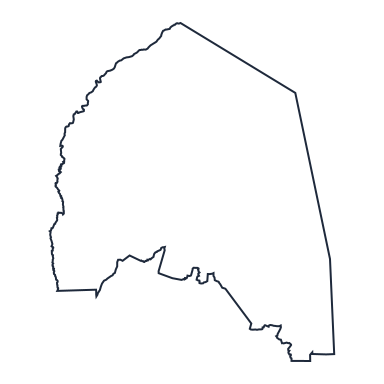 outline of Santa Rosa, Catamarca, Argentina
{"feature_id": "61730980B62858565899892", "entity_name": "Santa Rosa", "entity_type": "district", "adm_level": 2, "iso_a3": "ARG", "parent_name": "Argentina", "parent_adm1": "Catamarca", "projection": "robinson", "projection_center": [-65.467, -28.089], "detail": "fine", "context": "isolated", "style": "outline", "palette": "slate", "viewbox_px": 384, "rotation_deg": 0, "n_neighbors": 0, "source": "geoboundaries", "source_scale": "gbopen_adm2", "svg_char_len": 5766}
<svg xmlns="http://www.w3.org/2000/svg" viewBox="0 0 384 384"><path d="M334.2,354.1L330.0,259.0L295.3,92.9L180.5,23.0L178.9,23.6L177.6,23.4L177.1,23.2L176.1,23.6L175.1,24.7L174.3,24.7L173.8,25.3L172.9,25.6L171.4,26.6L170.3,27.6L169.7,28.9L166.7,29.5L165.6,29.5L164.0,30.5L163.1,30.8L162.1,32.7L161.3,34.9L161.2,35.9L159.2,38.5L157.8,39.7L156.4,41.7L150.6,45.3L148.5,47.4L147.6,48.6L145.8,49.6L143.5,49.5L142.9,49.8L141.3,49.7L140.8,50.0L139.7,50.0L139.1,50.3L137.5,52.0L136.7,52.7L134.0,54.1L133.5,55.0L132.0,56.2L128.9,57.1L126.5,57.4L123.6,58.4L121.3,60.3L120.6,60.5L119.9,60.5L117.6,61.9L117.2,62.5L116.0,63.3L114.7,67.3L113.9,68.6L112.4,69.7L111.0,70.2L110.7,70.5L107.3,71.2L106.6,71.8L105.9,73.3L105.0,74.2L103.9,75.5L102.8,76.0L101.9,76.0L101.5,76.2L100.7,77.2L100.3,77.4L100.1,77.8L100.0,78.6L100.8,81.9L100.4,82.2L98.8,82.4L97.8,81.7L96.8,80.6L96.0,80.9L95.8,81.4L95.8,81.8L96.1,82.8L96.5,83.5L96.9,85.3L96.5,86.2L96.2,86.7L95.2,87.3L94.7,87.9L93.6,89.5L92.8,91.2L91.1,92.4L89.4,93.0L88.5,94.1L87.1,95.3L86.6,96.9L86.6,99.3L88.1,100.9L88.1,101.8L87.8,103.0L87.9,104.2L87.1,105.3L86.7,105.5L85.0,105.6L84.0,105.9L82.9,105.8L82.0,106.3L82.0,106.8L82.5,108.2L82.8,108.8L83.9,109.6L83.9,111.0L83.5,111.3L80.0,112.2L78.3,113.0L77.9,113.0L77.7,112.7L77.3,111.6L77.0,111.4L76.3,111.6L76.3,111.9L75.3,113.0L75.1,113.7L73.7,114.4L73.6,115.4L73.3,115.9L73.8,119.5L73.0,122.8L71.9,123.3L69.9,123.2L69.6,123.9L69.0,124.3L68.7,126.0L67.8,126.5L66.5,126.5L65.7,127.2L65.2,128.2L65.1,132.5L64.7,133.1L64.5,134.1L64.8,135.2L62.4,139.8L61.4,140.8L60.6,143.8L60.3,145.9L61.6,145.6L62.4,145.8L62.8,146.2L62.7,146.9L61.2,148.5L60.8,149.1L61.2,153.1L60.9,153.6L60.8,154.4L60.8,155.0L62.0,156.2L62.0,156.6L62.3,156.6L62.7,157.2L64.2,158.4L64.5,158.9L64.2,160.1L64.2,161.3L63.2,161.8L63.5,162.2L64.1,162.6L64.1,162.9L63.9,163.2L62.7,163.6L62.3,164.4L62.0,164.5L61.4,164.2L61.0,164.3L60.9,164.7L61.2,165.1L61.2,165.5L61.3,166.5L61.0,166.7L60.5,166.2L60.2,166.3L59.5,167.3L60.0,167.8L60.5,167.9L60.8,168.3L60.7,168.9L60.4,169.3L58.9,169.2L58.7,169.4L58.8,170.0L59.1,170.2L59.0,171.1L59.4,171.6L59.8,171.6L60.0,171.4L60.8,172.1L59.4,173.6L58.5,173.9L57.6,174.9L56.1,175.9L57.3,177.4L57.4,178.3L57.7,178.5L57.4,180.1L57.3,181.3L57.5,181.6L57.3,182.2L56.7,183.1L56.2,182.9L55.7,183.0L55.5,183.5L55.9,185.4L55.5,185.8L55.6,186.5L57.2,188.0L58.1,189.5L59.3,190.7L59.0,191.4L58.4,191.7L58.6,192.2L59.0,193.0L60.0,194.0L60.5,196.2L60.8,196.2L61.0,195.9L61.2,196.0L61.3,197.0L61.1,197.9L61.5,198.1L61.8,197.9L62.0,198.1L62.6,200.5L62.4,201.2L63.1,201.9L62.9,204.6L63.5,206.9L63.2,207.4L63.4,207.8L63.5,210.4L63.8,210.9L63.6,211.2L63.8,211.6L63.8,213.6L63.0,214.4L62.7,213.5L61.2,212.8L60.4,212.8L60.2,212.9L58.6,212.6L58.6,213.0L57.7,213.2L57.6,213.6L57.8,214.3L57.6,214.8L57.1,215.3L57.3,217.2L56.9,217.7L57.2,219.5L57.1,220.4L55.4,222.8L55.2,223.8L54.3,224.1L52.9,227.7L52.3,228.3L51.5,228.2L51.0,230.4L50.6,230.8L49.8,231.2L50.6,232.0L50.2,234.8L50.7,236.7L51.0,237.2L50.5,238.3L51.5,240.8L52.4,244.0L52.1,245.0L51.5,246.3L52.1,246.8L53.1,247.2L53.3,247.8L52.8,248.5L52.6,249.3L52.8,250.0L52.7,250.6L51.8,250.9L51.9,253.7L52.1,254.6L53.0,255.2L52.8,256.5L53.3,258.3L52.7,259.8L52.8,260.9L52.4,262.5L53.2,263.4L52.6,264.3L52.5,264.8L52.7,265.1L52.5,265.4L52.6,266.0L53.1,266.4L53.0,266.7L53.3,267.5L53.1,268.1L53.2,268.9L53.7,268.7L54.0,268.8L53.9,269.4L53.5,269.9L53.5,270.4L54.2,270.8L54.3,271.3L53.8,272.7L54.0,274.0L55.0,274.8L55.2,275.4L55.1,276.0L55.8,277.1L56.1,279.6L56.8,279.9L57.7,281.1L57.5,282.2L57.0,282.7L57.1,284.1L57.2,284.9L57.5,285.2L57.4,285.7L57.5,287.3L58.1,287.9L58.2,288.4L57.8,289.0L58.0,289.5L57.3,290.9L96.0,289.7L96.2,291.2L96.2,294.5L96.4,296.4L97.5,294.6L97.6,293.6L99.9,290.0L100.9,286.5L102.0,283.6L104.0,280.7L106.4,279.6L107.2,278.7L111.1,276.0L112.6,275.3L113.4,273.8L114.9,272.9L115.8,269.5L117.2,266.4L117.2,262.2L118.1,259.8L120.4,259.7L122.6,260.8L129.6,255.5L140.7,260.8L141.3,260.5L142.0,261.1L143.0,261.1L143.2,261.5L143.8,261.6L143.9,261.9L144.4,262.0L145.5,260.9L146.3,261.0L146.9,260.7L147.3,259.8L148.0,260.3L148.4,259.8L150.0,258.9L150.6,259.3L151.8,258.1L153.5,256.9L153.8,255.3L154.3,253.7L155.5,252.3L156.8,252.0L157.1,251.4L160.5,249.9L161.0,248.8L161.1,248.2L161.5,247.8L162.9,247.2L163.6,247.3L164.8,247.0L164.3,248.6L164.7,250.2L158.6,271.2L158.7,273.2L172.4,278.2L181.6,279.9L183.8,279.0L184.3,279.5L185.1,279.1L184.9,278.8L185.0,278.0L186.7,278.1L187.1,277.3L187.5,275.6L189.2,276.0L190.7,275.7L191.1,275.1L192.6,269.7L192.6,268.8L193.5,267.8L197.6,267.9L198.3,268.3L198.2,268.8L198.5,269.0L198.0,269.7L198.4,270.3L198.6,271.6L199.5,272.5L198.3,273.6L198.3,274.4L199.0,275.8L197.6,276.4L197.2,277.1L196.6,279.7L198.1,280.4L199.4,280.6L199.6,281.4L199.4,282.2L199.5,283.1L201.1,283.5L203.1,283.3L203.9,282.4L205.6,282.1L207.3,281.1L207.8,274.0L209.6,274.1L212.3,273.7L213.5,273.1L213.5,276.0L214.5,277.5L214.8,280.2L217.4,281.4L218.3,281.6L218.9,282.1L219.1,282.8L220.3,284.3L222.2,287.7L225.1,288.6L225.6,289.0L251.3,323.5L249.8,328.8L250.8,329.5L252.7,329.7L255.5,329.5L257.0,329.8L259.0,329.4L261.1,329.4L262.1,329.2L262.5,328.8L262.6,327.4L263.7,327.3L264.0,326.4L264.6,325.4L265.0,325.2L268.6,326.7L268.8,325.8L269.3,325.3L270.4,325.0L272.3,325.3L273.7,325.8L275.1,325.9L276.9,326.2L279.4,326.2L280.7,325.5L280.9,327.2L280.3,329.0L277.6,334.1L277.4,335.6L276.2,336.2L276.9,337.1L277.1,337.8L279.2,339.4L280.9,339.7L282.0,343.2L282.5,343.1L283.6,343.4L286.7,342.6L288.3,343.2L289.3,343.0L291.0,344.5L291.1,345.0L290.1,346.5L288.2,348.8L288.2,349.6L288.4,350.7L289.3,350.8L288.6,352.0L288.4,352.7L288.7,353.3L289.4,354.5L290.2,354.3L290.8,354.5L290.9,355.3L290.2,356.5L290.5,357.6L291.5,358.4L291.5,360.9L310.2,361.0L310.1,354.8L312.3,352.3L312.4,354.0L326.1,354.4L334.2,354.1Z" fill="none" stroke="#1e293b" stroke-width="2"/></svg>